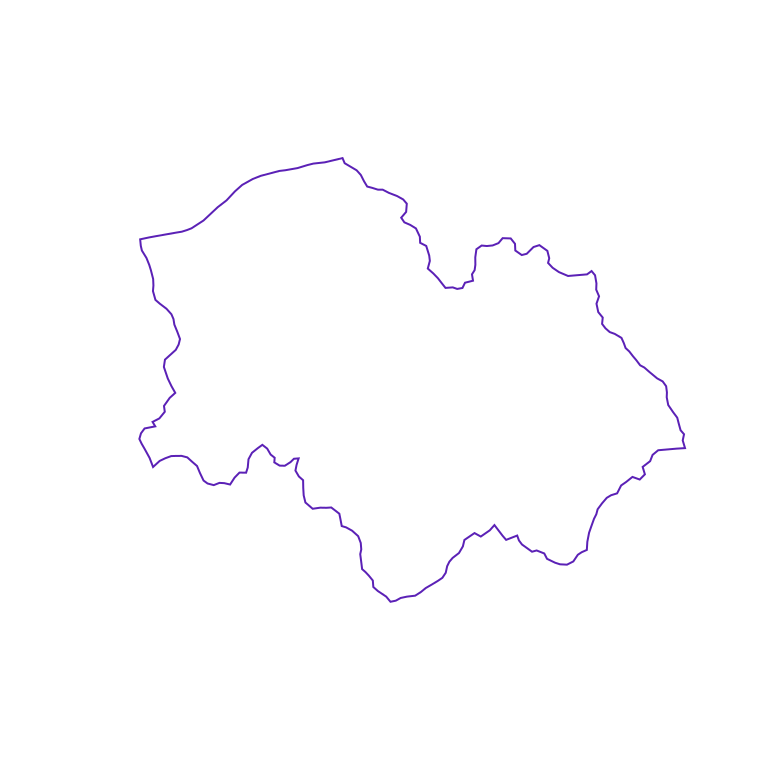 outline of Cardoso, São Paulo, Brazil, rotated 329°
{"feature_id": "56859067B23507277566037", "entity_name": "Cardoso", "entity_type": "district", "adm_level": 2, "iso_a3": "BRA", "parent_name": "Brazil", "parent_adm1": "São Paulo", "projection": "albers", "projection_center": [-49.951, -20.067], "detail": "fine", "context": "isolated", "style": "outline", "palette": "violet", "viewbox_px": 768, "rotation_deg": 329, "n_neighbors": 0, "source": "geoboundaries", "source_scale": "gbopen_adm2", "svg_char_len": 3370}
<svg xmlns="http://www.w3.org/2000/svg" viewBox="0 0 768 768"><g transform="rotate(329 384 384)"><path d="M249.5,134.4L246.7,140.3L245.2,144.9L245.3,153.6L244.1,161.1L242.8,166.4L240.2,175.1L237.1,180.8L233.8,185.4L231.4,194.2L233.2,199.7L236.3,207.5L237.7,214.7L237.0,219.9L234.9,225.1L233.7,232.9L232.3,240.4L228.3,244.4L223.1,247.5L208.8,250.3L204.1,256.0L201.5,267.9L200.7,276.5L200.5,284.1L193.2,285.5L184.1,289.5L181.8,294.9L173.7,297.8L166.1,297.3L166.1,302.5L155.9,298.8L150.3,301.1L146.0,305.1L145.5,310.2L145.4,316.0L145.0,326.6L143.3,336.2L152.1,334.4L158.3,335.0L164.5,336.2L169.5,339.0L173.5,341.4L177.6,345.6L179.6,352.2L181.5,358.0L180.4,365.5L179.6,373.8L181.5,378.4L186.0,383.0L192.0,384.0L196.0,386.7L200.3,390.9L207.7,387.3L214.5,385.5L220.1,389.0L224.2,385.4L229.1,378.7L235.4,375.0L242.7,374.0L248.4,373.5L250.6,379.2L250.5,386.1L252.3,390.9L249.6,394.7L252.5,400.2L256.9,403.0L263.7,402.8L268.3,401.7L272.5,403.8L267.4,408.3L263.5,412.6L263.4,419.4L265.1,424.8L261.2,431.6L257.8,438.1L255.6,445.1L258.6,454.2L265.7,457.2L270.8,460.4L275.2,462.7L278.9,472.2L276.9,477.8L274.6,484.0L277.7,487.4L281.1,493.3L283.5,501.1L282.2,508.3L279.3,514.1L276.0,517.6L272.0,526.7L269.9,531.4L271.3,535.8L272.3,540.5L273.2,546.7L270.3,552.5L272.1,558.3L276.4,567.4L277.4,574.0L282.5,575.8L288.1,576.0L294.2,578.1L301.7,581.5L308.6,581.3L314.6,580.4L321.0,580.5L329.0,580.5L334.2,580.2L339.7,577.6L344.3,572.7L348.5,570.0L353.3,568.4L361.2,567.5L368.0,563.8L372.6,559.1L384.8,558.4L388.4,564.6L399.3,563.9L406.0,561.8L407.5,575.2L408.4,580.5L420.1,582.5L419.1,587.6L419.6,592.6L424.5,604.0L429.1,605.3L434.1,611.8L433.7,617.8L438.6,625.3L442.0,629.2L447.8,633.1L454.9,633.6L462.2,630.2L466.8,630.0L472.4,630.7L477.0,624.0L483.2,617.1L488.0,613.1L494.6,607.7L498.9,605.0L502.6,601.4L509.4,598.6L516.3,596.3L521.4,596.3L527.5,597.8L535.0,593.1L541.1,592.7L549.1,591.6L554.0,597.6L561.1,595.8L563.0,588.3L572.4,587.2L577.7,583.1L584.9,582.0L601.5,590.1L609.0,594.0L611.0,586.2L615.3,581.6L614.4,576.4L616.3,569.6L618.0,563.9L617.3,556.9L616.8,548.4L619.5,541.0L622.2,536.9L624.7,531.2L624.2,525.3L621.0,519.8L617.8,510.7L615.6,503.9L613.2,499.9L612.5,493.3L611.7,488.4L611.0,482.4L609.6,477.6L610.6,472.6L611.3,466.8L607.6,459.9L604.2,455.7L602.5,450.3L601.9,444.8L605.7,439.7L604.7,432.7L607.5,424.6L613.5,419.6L614.5,412.4L617.9,407.2L620.9,399.5L620.1,394.1L614.5,394.6L603.3,389.1L597.4,386.2L591.6,378.2L588.4,371.2L587.0,364.7L590.4,361.3L592.6,354.0L588.7,345.0L582.7,343.6L573.4,345.9L568.5,344.4L565.3,337.2L568.5,331.3L567.6,324.5L560.8,320.1L554.7,322.2L548.5,321.2L543.2,318.7L539.0,315.6L532.6,316.1L527.5,322.4L523.7,328.9L520.3,333.1L515.9,335.3L513.5,341.3L505.6,338.9L500.7,342.1L495.7,340.2L492.7,336.6L486.2,333.3L485.4,327.1L484.7,321.1L483.2,314.6L481.0,307.6L486.7,302.1L488.9,297.2L491.3,287.4L487.7,281.6L490.6,276.2L491.5,267.1L488.4,261.1L484.7,255.9L484.4,250.3L491.6,247.9L496.4,241.2L495.5,235.7L492.0,229.6L486.7,222.8L483.0,216.8L478.8,214.2L474.9,209.8L471.3,206.1L471.3,199.9L471.8,192.9L470.6,186.7L467.9,181.7L464.0,174.5L464.8,169.0L447.4,163.5L437.0,158.7L431.1,156.9L421.1,154.4L409.4,149.9L404.1,147.5L385.6,142.1L377.2,140.7L365.0,140.3L355.5,142.1L343.6,145.5L332.5,146.8L313.5,150.9L299.2,151.4L294.5,150.6L289.1,149.3L284.1,147.3L265.1,140.0L258.2,137.4L249.5,134.4Z" fill="none" stroke="#5b21b6" stroke-width="2"/></g></svg>